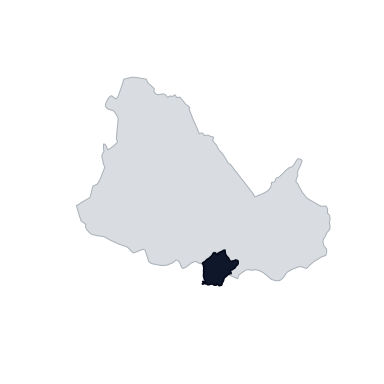 location of Kossi within Burkina Faso, rotated 233°
{"feature_id": "BFA-2802", "entity_name": "Kossi", "entity_type": "Province", "adm_level": 1, "iso_a3": "BFA", "parent_name": "Burkina Faso", "parent_adm1": "", "projection": "robinson", "projection_center": [-3.893, 12.938], "detail": "fine", "context": "in_parent", "style": "filled", "palette": "ink", "viewbox_px": 384, "rotation_deg": 233, "n_neighbors": 0, "source": "natural_earth", "source_scale": "10m", "svg_char_len": 5161}
<svg xmlns="http://www.w3.org/2000/svg" viewBox="0 0 384 384"><g transform="rotate(233 192 192)"><path d="M274.0,239.5L265.4,239.9L262.3,240.9L260.4,240.9L260.4,240.1L260.2,239.6L249.4,236.6L241.8,234.9L234.1,232.9L233.7,234.8L232.6,235.9L231.0,236.0L229.8,235.7L229.0,237.1L227.8,239.0L226.0,239.9L224.3,241.0L223.3,242.0L222.6,242.0L220.8,239.7L218.5,239.4L214.2,239.8L212.2,239.2L209.5,238.9L203.2,239.4L193.1,238.4L191.5,238.9L191.0,239.3L181.1,239.4L170.1,239.6L160.9,239.7L152.8,239.8L152.8,239.4L150.2,239.3L150.0,240.1L147.7,249.5L147.4,254.6L148.6,257.8L150.0,259.8L151.5,260.7L151.7,261.8L150.5,263.3L150.6,264.8L152.0,266.4L152.4,268.0L151.6,269.7L151.8,273.9L152.9,280.4L152.9,284.7L151.9,286.6L152.4,289.9L154.4,294.6L154.7,296.6L154.0,297.5L152.4,298.7L150.7,298.7L148.8,295.9L147.9,294.6L146.4,291.7L145.0,288.8L143.2,287.5L141.5,286.4L139.3,282.7L137.2,281.0L135.0,281.5L131.8,280.8L125.3,279.9L118.4,280.1L115.5,281.0L112.6,282.3L105.4,285.3L102.6,286.7L100.4,290.4L97.9,290.3L95.5,289.1L93.9,287.5L90.6,287.8L87.5,286.2L84.4,283.0L82.1,282.0L79.2,279.6L78.4,275.3L76.6,272.2L74.9,267.9L72.4,266.0L69.5,264.9L65.5,265.2L62.9,263.4L60.9,260.9L61.4,258.8L62.4,255.7L62.5,252.7L63.1,247.9L62.7,241.9L62.0,237.6L64.2,235.9L66.7,234.3L68.3,231.5L70.0,225.1L70.7,219.5L70.2,217.5L69.3,215.8L68.7,213.4L68.3,210.5L68.8,208.0L70.7,205.6L73.1,203.7L74.8,202.7L79.3,201.7L85.0,200.3L88.3,198.6L90.7,196.9L92.0,195.6L93.3,192.9L95.5,190.8L97.2,188.7L97.5,182.9L97.5,179.5L96.2,177.7L95.5,176.1L103.9,171.5L104.0,168.3L102.8,164.7L101.2,161.7L100.6,159.2L102.9,156.3L104.9,154.1L106.4,152.2L109.7,149.3L113.2,148.5L116.3,149.6L125.5,156.4L127.1,156.8L129.0,156.3L131.4,154.5L134.5,153.1L135.7,148.6L135.6,141.9L136.3,138.9L137.9,138.3L143.2,139.6L144.6,139.7L146.1,139.2L147.3,138.1L147.2,135.9L147.0,134.0L148.7,127.8L151.8,123.2L158.2,117.4L160.1,116.2L162.4,115.6L173.8,119.6L175.7,118.6L178.4,108.7L181.5,107.8L185.2,107.6L187.6,106.8L188.8,106.1L194.2,102.3L203.8,97.2L208.9,95.0L209.9,94.2L213.6,90.6L218.4,86.4L221.5,85.6L225.8,85.3L228.5,86.0L229.3,87.1L230.1,87.7L235.7,86.0L243.8,88.8L250.7,91.6L250.3,93.3L250.3,96.4L249.7,101.3L249.0,107.2L251.9,111.0L255.4,115.1L256.3,116.7L255.4,120.7L256.0,123.1L257.9,127.0L261.0,132.0L264.2,137.2L266.4,137.8L268.4,138.3L269.7,139.2L271.6,140.1L273.4,140.7L275.0,141.8L276.1,142.9L277.4,146.1L281.0,148.2L283.5,150.2L282.5,151.3L279.4,150.9L276.5,150.0L276.1,151.5L276.0,157.3L276.5,162.1L277.2,162.8L280.1,163.7L287.2,170.0L293.5,175.9L295.7,177.5L299.2,178.1L303.1,178.3L304.8,177.8L308.6,174.8L310.6,174.4L312.5,174.5L313.5,175.0L315.4,177.5L317.1,181.2L317.6,183.9L317.5,185.4L316.9,185.9L313.8,186.6L312.4,187.2L312.1,188.0L312.6,189.8L313.2,191.0L316.6,196.3L321.6,203.5L323.1,205.4L322.3,207.5L319.8,213.1L317.9,215.5L309.7,223.4L305.6,222.5L297.1,224.1L295.8,222.3L293.8,222.0L291.3,222.4L290.4,223.1L290.2,223.8L289.3,224.9L287.7,228.1L286.5,228.9L285.0,229.4L283.1,229.3L282.1,229.7L282.1,231.3L281.7,232.7L280.5,233.3L279.9,234.9L280.1,236.4L279.3,237.1L277.7,236.7L276.8,236.3L275.9,238.2L274.8,239.5L274.0,239.5Z" fill="#d9dde1" stroke="#a8b0b8" stroke-width="1"/><path d="M112.2,144.9L112.3,144.9L112.4,145.0L112.6,145.3L112.8,146.1L112.9,146.3L113.2,146.4L114.0,146.6L114.1,147.1L113.9,147.3L113.6,147.3L113.3,147.4L112.7,148.1L112.4,148.3L112.0,148.8L112.4,149.1L113.1,149.3L113.8,149.4L114.5,149.3L115.0,149.4L116.1,149.9L117.5,150.3L118.1,150.6L120.6,152.8L122.1,153.8L124.8,156.2L125.0,156.3L125.4,156.2L125.7,156.3L126.2,156.9L126.5,157.1L127.5,157.2L128.8,157.4L129.0,157.7L129.0,158.2L128.8,161.0L129.2,163.4L128.9,165.6L129.3,169.7L129.7,170.8L130.2,171.6L130.4,171.8L130.3,173.2L129.9,173.2L129.5,173.4L129.3,173.6L129.2,174.2L128.9,174.2L128.3,174.0L127.4,174.0L127.2,174.4L127.2,174.6L126.6,174.9L126.7,175.3L126.9,175.6L127.4,175.8L127.5,176.0L127.4,176.5L127.2,177.1L127.1,177.4L127.3,177.7L127.2,178.0L126.8,178.4L126.8,178.8L126.9,179.1L126.8,179.4L126.7,179.6L126.8,179.7L126.8,179.9L126.4,180.2L126.4,180.6L126.6,181.6L126.5,182.1L126.0,182.6L125.9,183.3L124.8,182.9L122.8,181.7L121.5,181.3L119.0,181.2L117.4,181.5L116.6,181.4L115.6,181.1L114.4,181.0L113.3,181.3L112.9,181.9L112.6,182.8L111.8,184.1L111.7,184.9L111.7,185.2L111.7,185.5L111.6,185.9L111.1,186.3L110.4,186.9L109.3,187.3L108.5,187.0L107.1,185.8L106.5,184.8L106.4,183.4L106.1,181.8L105.6,180.9L105.5,180.3L105.6,179.5L105.7,178.1L105.6,177.4L105.9,176.9L106.3,176.5L106.3,175.8L105.6,175.5L105.1,174.9L104.6,174.6L104.0,174.7L103.3,174.0L103.4,173.9L103.7,173.5L104.4,171.0L104.4,170.6L104.0,168.8L104.1,166.7L103.8,165.7L103.2,164.8L102.3,163.9L101.9,163.2L101.0,161.1L100.0,160.1L99.8,159.7L99.8,159.3L100.0,158.9L100.2,158.6L100.6,157.4L101.2,157.1L103.3,157.2L103.7,157.1L103.9,156.8L103.8,156.4L103.1,156.0L102.9,155.6L103.1,155.1L103.5,154.4L104.1,153.8L104.6,153.4L105.0,153.4L105.3,153.4L105.6,153.4L105.9,153.2L106.6,152.4L107.1,151.5L107.6,150.0L108.0,149.3L108.5,148.7L108.8,148.5L109.7,148.3L110.0,148.1L110.5,147.4L110.9,147.3L111.3,147.1L111.8,146.8L112.2,146.3L112.4,146.0L112.1,145.8L111.7,145.7L112.0,145.0L112.1,144.9L112.2,144.9Z" fill="#0f172a" stroke="#020617" stroke-width="1.5"/></g></svg>